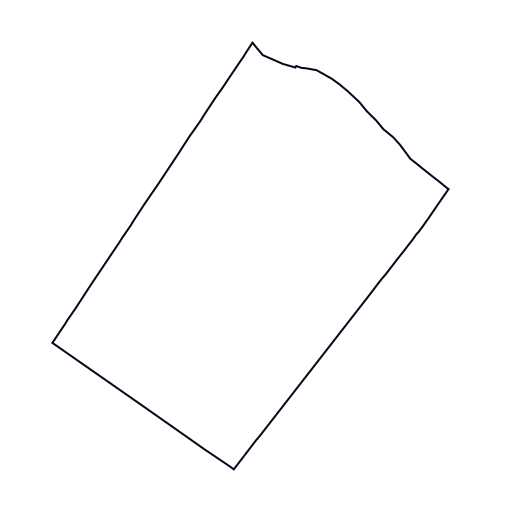 Magdalena Ocotlán, Oaxaca, Mexico (Albers equal-area conic projection), rotated 124°
{"feature_id": "50627088B67117262986487", "entity_name": "Magdalena Ocotlán", "entity_type": "district", "adm_level": 2, "iso_a3": "MEX", "parent_name": "Mexico", "parent_adm1": "Oaxaca", "projection": "albers", "projection_center": [-96.722, 16.709], "detail": "fine", "context": "isolated", "style": "outline", "palette": "ink", "viewbox_px": 512, "rotation_deg": 124, "n_neighbors": 0, "source": "geoboundaries", "source_scale": "gbopen_adm2", "svg_char_len": 1284}
<svg xmlns="http://www.w3.org/2000/svg" viewBox="0 0 512 512"><g transform="rotate(124 256 256)"><path d="M205.8,377.8L210.0,377.7L211.1,377.6L251.0,377.3L275.9,377.5L296.7,377.2L297.2,377.1L301.6,376.9L307.4,377.0L308.9,377.0L315.5,377.1L320.7,376.9L327.5,376.9L332.8,376.9L372.4,376.8L400.1,376.3L415.2,376.5L417.6,376.3L441.9,376.2L443.3,286.6L443.8,257.2L444.9,199.0L445.1,191.7L445.1,160.7L445.1,159.6L445.3,155.1L408.6,152.9L404.8,152.4L400.9,152.1L331.4,147.4L220.8,139.9L210.9,139.4L204.2,138.9L198.2,138.2L178.9,137.0L167.5,136.1L163.6,135.9L159.3,135.6L152.6,135.2L148.2,135.2L146.1,134.8L145.1,134.7L143.7,134.6L142.0,134.5L139.8,134.4L137.2,134.3L131.0,134.2L128.8,134.1L124.9,134.1L108.7,134.0L94.3,133.8L93.7,133.9L92.8,133.8L92.9,135.2L92.3,141.1L91.7,148.7L91.4,153.7L91.1,157.0L90.4,166.5L89.7,174.3L89.1,182.4L85.8,191.7L83.4,198.4L80.8,208.8L79.7,221.1L76.5,231.9L74.0,245.1L70.6,256.4L68.1,272.1L67.0,282.9L66.7,292.7L68.1,309.7L72.3,319.3L74.5,323.2L76.0,328.9L77.7,328.7L81.8,341.3L84.0,353.7L85.7,362.7L82.5,373.6L81.1,378.2L89.3,378.1L93.4,378.0L98.6,377.8L100.9,377.9L104.2,377.9L111.3,377.9L124.8,377.9L135.5,377.8L147.1,378.1L159.6,378.0L169.4,377.9L173.7,377.6L186.4,377.8L192.7,378.0L205.8,377.8Z" fill="none" stroke="#020617" stroke-width="2"/></g></svg>